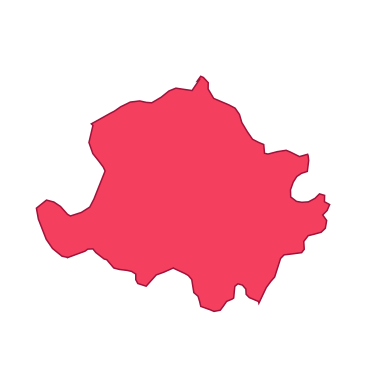 Bonghwa-gun, North Gyeongsang, South Korea (Mercator projection), rotated 203°
{"feature_id": "91817680B47987210748527", "entity_name": "Bonghwa-gun", "entity_type": "district", "adm_level": 2, "iso_a3": "KOR", "parent_name": "South Korea", "parent_adm1": "North Gyeongsang", "projection": "mercator", "projection_center": [128.885, 36.914], "detail": "fine", "context": "isolated", "style": "filled", "palette": "rose", "viewbox_px": 384, "rotation_deg": 203, "n_neighbors": 0, "source": "geoboundaries", "source_scale": "gbopen_adm2", "svg_char_len": 1697}
<svg xmlns="http://www.w3.org/2000/svg" viewBox="0 0 384 384"><g transform="rotate(203 192 192)"><path d="M280.9,83.0L267.4,95.7L265.6,98.7L261.0,100.9L256.9,98.7L246.7,96.0L244.1,96.4L234.3,91.5L228.7,92.3L221.1,94.5L216.6,95.3L211.7,94.5L209.5,89.3L206.1,86.6L197.4,87.4L192.5,101.7L186.5,107.3L179.4,114.9L178.7,114.6L166.9,114.2L162.7,113.7L158.0,111.3L155.1,106.6L151.0,100.1L145.7,98.4L142.2,94.2L139.2,90.1L129.2,90.7L125.1,90.7L119.8,94.2L118.6,99.0L117.4,104.8L113.3,109.0L112.2,110.7L113.9,116.0L115.7,121.9L113.9,125.4L109.2,126.0L104.5,123.7L102.2,119.0L98.0,117.2L88.0,117.2L87.0,115.8L86.3,133.1L84.5,140.7L82.7,146.0L84.5,165.4L82.7,170.1L74.5,174.8L67.4,179.0L66.3,183.1L69.8,190.1L68.0,197.2L63.3,200.7L57.4,205.4L55.1,210.7L56.9,218.4L62.7,221.9L60.4,227.8L60.4,234.2L66.3,234.8L68.6,240.7L73.9,240.1L76.3,234.2L81.0,228.4L86.9,225.4L92.2,224.2L99.2,226.0L102.2,232.5L102.7,240.7L101.6,247.2L98.6,251.9L93.9,256.0L96.9,266.6L99.2,270.7L100.3,271.9L106.9,266.6L116.9,267.2L121.6,267.2L129.2,262.5L136.9,256.6L140.4,256.0L144.5,263.7L150.4,263.7L156.9,264.2L164.5,269.0L173.3,275.4L178.6,281.9L185.1,286.0L192.2,286.6L201.0,286.6L208.6,286.6L217.4,293.1L219.8,299.0L226.3,301.9L229.2,301.9L230.4,296.6L229.2,297.8L231.6,285.4L240.4,283.1L247.4,281.3L252.7,276.0L257.4,267.2L263.9,258.4L269.2,256.6L275.7,255.4L283.9,250.7L291.0,242.5L295.1,236.0L298.0,232.5L311.3,215.4L309.2,214.6L306.2,197.3L298.3,188.6L290.0,184.1L283.6,180.4L280.2,177.4L279.5,147.2L280.2,138.2L285.9,129.9L294.6,122.4L297.9,122.8L307.4,127.3L315.3,128.8L322.8,127.7L328.9,116.3L322.8,107.0L307.7,91.5L298.3,85.5L286.6,82.1L281.0,83.2L280.9,83.0Z" fill="#f43f5e" stroke="#9f1239" stroke-width="1.5"/></g></svg>